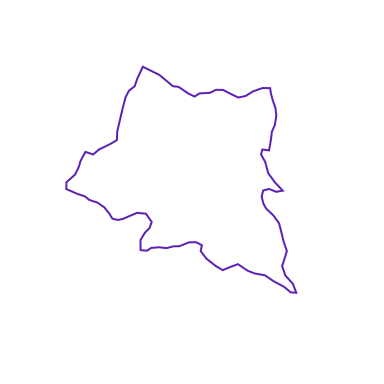 outline of Elisiário, São Paulo, Brazil, rotated 156°
{"feature_id": "56859067B94900392245754", "entity_name": "Elisiário", "entity_type": "district", "adm_level": 2, "iso_a3": "BRA", "parent_name": "Brazil", "parent_adm1": "São Paulo", "projection": "robinson", "projection_center": [-49.092, -21.153], "detail": "fine", "context": "isolated", "style": "outline", "palette": "violet", "viewbox_px": 384, "rotation_deg": 156, "n_neighbors": 0, "source": "geoboundaries", "source_scale": "gbopen_adm2", "svg_char_len": 1404}
<svg xmlns="http://www.w3.org/2000/svg" viewBox="0 0 384 384"><g transform="rotate(156 192 192)"><path d="M262.6,159.8L257.1,156.7L252.1,157.5L244.5,154.9L238.1,151.1L231.0,149.9L225.6,147.6L215.4,147.3L208.6,144.4L204.6,139.4L208.1,134.5L205.9,125.2L200.5,114.9L195.7,108.1L188.6,108.0L179.4,107.4L173.2,97.5L167.9,92.1L159.3,86.3L154.1,77.8L146.5,68.0L142.6,60.1L137.7,57.6L137.2,67.2L140.7,77.9L139.8,87.7L134.8,93.1L129.3,99.6L128.5,109.2L126.4,120.8L125.2,127.9L127.2,137.6L131.0,146.6L131.5,152.3L130.2,159.5L126.4,164.4L120.4,163.5L115.0,157.9L108.5,156.3L112.4,167.2L114.7,178.2L112.9,189.9L113.7,198.1L110.4,202.2L104.7,198.7L101.5,203.4L98.0,208.7L94.5,214.6L89.2,219.3L83.8,227.7L81.6,234.8L81.0,242.4L79.9,249.5L78.4,255.1L85.3,258.3L95.4,259.1L104.0,257.9L111.3,259.5L116.6,265.7L122.1,272.6L128.5,275.6L135.3,275.3L145.0,279.0L150.9,278.2L155.3,283.5L161.5,293.5L166.5,296.5L170.6,305.0L174.3,312.4L180.0,319.2L186.0,326.4L195.7,318.0L201.3,312.0L208.7,310.0L214.5,305.2L221.1,296.9L235.6,277.8L239.5,270.0L247.2,269.1L254.5,268.8L259.6,268.7L266.9,266.5L273.1,272.0L281.2,265.7L285.1,261.1L291.7,255.5L302.7,252.0L305.6,245.8L297.3,236.7L291.7,231.7L289.0,226.5L282.7,220.8L278.4,213.7L276.5,206.6L275.5,199.9L270.9,196.5L265.8,195.5L260.5,195.5L250.7,195.3L242.9,190.9L241.0,181.0L245.5,176.3L251.5,174.0L258.6,169.1L262.6,159.8Z" fill="none" stroke="#5b21b6" stroke-width="2"/></g></svg>